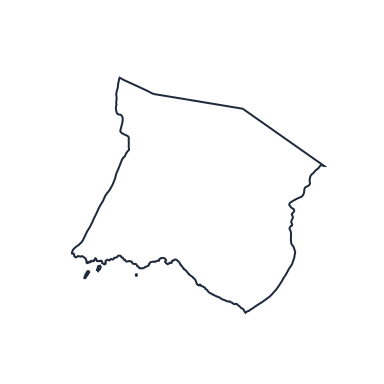 the district of Maekel Deb.Keih Bahri, Debubawi Keyih Bahri, Eritrea, rotated 161°
{"feature_id": "51966322B58552537539737", "entity_name": "Maekel Deb.Keih Bahri", "entity_type": "district", "adm_level": 2, "iso_a3": "ERI", "parent_name": "Eritrea", "parent_adm1": "Debubawi Keyih Bahri", "projection": "albers", "projection_center": [41.68, 13.747], "detail": "fine", "context": "isolated", "style": "outline", "palette": "slate", "viewbox_px": 384, "rotation_deg": 161, "n_neighbors": 0, "source": "geoboundaries", "source_scale": "gbopen_adm2", "svg_char_len": 6002}
<svg xmlns="http://www.w3.org/2000/svg" viewBox="0 0 384 384"><g transform="rotate(161 192 192)"><path d="M58.6,173.6L116.9,254.2L195.7,296.8L196.4,297.4L197.3,297.9L201.5,302.4L219.7,319.8L223.2,323.6L224.4,322.2L225.3,320.3L226.1,319.3L227.8,315.7L229.0,313.6L230.0,312.4L232.1,308.6L232.1,307.5L232.8,305.0L234.3,301.8L234.9,300.1L235.0,298.9L235.8,298.1L236.8,295.7L237.3,292.9L237.3,291.4L237.2,290.5L236.3,289.2L234.8,288.6L234.0,287.8L233.7,287.3L233.4,285.5L233.5,284.2L235.0,280.6L239.6,273.7L240.0,272.7L239.8,271.7L239.1,270.4L237.8,268.9L235.9,267.2L234.4,265.5L234.1,264.8L234.2,263.6L234.9,261.8L236.2,257.7L237.1,255.5L237.7,252.6L238.4,252.0L239.6,251.5L241.9,249.8L244.0,247.5L245.7,246.9L247.9,245.1L253.0,239.1L257.0,234.7L258.3,233.0L260.4,229.7L264.6,224.9L269.5,220.5L273.2,218.2L275.4,216.5L278.8,212.8L283.5,208.8L285.9,206.6L288.8,203.4L294.1,198.2L295.6,196.4L299.6,192.5L302.0,190.4L303.7,189.2L310.4,182.3L312.3,180.8L313.7,180.0L316.5,178.8L320.0,177.8L323.4,176.1L325.3,173.7L325.2,173.2L325.4,172.8L324.6,172.5L324.5,172.3L324.1,172.2L324.2,171.8L323.8,171.3L324.2,169.7L323.8,169.3L323.6,168.2L322.9,167.9L322.3,168.1L321.9,168.1L321.2,168.5L320.8,168.5L319.2,167.8L319.0,167.5L318.8,167.5L318.0,167.0L317.4,167.2L316.4,166.9L315.1,164.9L314.5,164.3L314.5,164.0L314.2,163.4L314.4,162.1L314.1,161.8L314.1,161.5L314.6,160.1L314.4,159.8L314.6,159.3L314.4,158.9L314.0,158.8L313.4,158.8L313.2,159.3L312.9,159.5L312.5,159.0L311.5,158.8L311.1,159.5L310.6,159.7L310.3,159.7L310.6,159.0L310.4,158.9L309.7,159.1L308.5,159.2L308.2,159.0L307.5,158.6L307.3,158.7L307.3,159.1L307.0,159.3L306.6,159.3L306.3,159.7L305.5,159.9L305.4,160.5L305.1,160.8L304.9,160.8L304.4,160.1L304.6,159.3L304.3,158.5L304.5,158.4L304.5,158.0L304.4,157.7L303.4,157.3L303.1,157.0L302.1,157.0L301.5,156.5L301.0,156.5L300.8,156.7L300.5,156.7L300.1,156.5L299.9,156.0L299.7,154.9L300.1,154.0L299.4,153.2L298.8,152.8L298.8,152.5L298.3,152.4L298.0,152.0L297.5,152.0L297.0,152.3L297.0,153.3L296.4,153.7L296.5,154.0L296.2,154.3L296.1,155.0L295.0,155.4L294.0,155.5L292.5,154.2L291.6,154.4L291.1,154.9L290.2,155.0L289.2,154.0L288.7,154.0L287.9,154.2L287.4,154.9L286.0,154.9L285.8,155.0L284.5,154.7L283.4,155.1L282.8,155.7L281.7,155.6L280.8,155.2L280.3,154.8L280.0,154.2L280.0,153.2L279.4,152.9L278.8,152.3L278.7,151.2L278.3,150.2L278.0,149.9L277.6,150.0L277.4,149.7L277.2,149.1L277.3,148.5L276.9,147.9L276.4,147.4L274.3,147.3L273.9,147.0L273.6,147.1L273.1,146.8L272.7,146.2L272.4,146.2L272.0,146.1L271.4,144.9L271.4,144.0L271.1,143.3L268.5,142.2L268.2,141.4L267.9,139.5L267.1,139.1L266.6,137.3L266.2,137.1L266.1,136.8L265.1,136.7L264.6,136.2L262.9,135.8L261.4,136.0L260.8,136.3L257.2,136.5L256.9,137.0L256.0,137.5L255.8,138.2L255.1,138.4L254.7,138.8L254.2,139.1L251.5,138.9L251.2,138.8L250.9,138.5L250.2,138.5L249.8,138.0L248.9,138.0L248.1,138.3L247.1,138.3L245.9,137.7L245.3,138.3L245.1,138.9L244.1,139.1L243.5,139.5L242.8,139.6L240.8,139.1L239.8,138.4L239.3,137.9L238.8,136.6L238.8,135.9L239.2,135.9L239.6,135.3L240.0,135.1L240.2,134.6L240.1,134.3L239.8,134.1L239.7,133.3L239.1,132.4L238.8,132.3L238.7,131.8L237.3,131.7L236.4,132.4L236.1,132.4L235.2,132.0L235.0,131.7L234.7,131.6L234.0,132.1L233.2,133.4L232.3,133.4L231.7,133.2L230.9,133.4L230.7,133.8L230.4,133.8L229.2,133.4L228.2,132.2L227.2,130.2L226.7,128.7L226.6,127.2L226.3,126.8L226.3,126.5L226.5,126.6L226.5,126.4L226.2,126.2L225.7,125.3L225.3,123.5L224.9,122.7L224.9,122.0L224.6,121.9L224.5,121.6L224.4,121.5L224.3,121.1L224.1,121.0L223.9,120.5L223.4,119.9L222.8,118.2L222.5,117.7L221.9,116.0L221.9,115.6L221.7,115.6L220.7,113.6L219.2,111.6L219.0,110.9L218.7,110.7L218.4,109.8L218.0,109.3L217.4,107.6L217.3,103.0L215.9,101.4L215.5,101.4L215.0,101.9L214.4,101.7L214.0,101.0L213.8,100.0L212.3,99.0L211.2,97.5L210.7,96.4L210.8,95.7L210.1,95.1L209.7,94.6L209.4,94.0L209.4,93.4L208.9,92.1L208.4,91.2L206.9,89.7L206.3,88.9L206.0,88.7L205.7,88.2L204.7,87.3L204.0,86.5L202.9,85.5L202.8,85.2L202.1,84.9L201.1,84.0L199.6,82.4L199.2,81.6L198.2,80.7L198.1,80.3L196.6,79.4L195.5,78.2L194.9,77.9L194.3,77.1L193.0,76.5L192.8,76.4L191.9,76.3L191.2,75.2L189.7,73.8L189.6,73.4L189.0,72.5L188.2,72.0L187.2,72.0L186.5,71.8L185.7,70.9L185.1,69.5L184.4,68.8L183.6,66.9L183.1,66.1L182.3,65.4L181.5,63.9L181.2,62.0L180.8,60.4L179.9,60.9L179.2,61.0L176.9,61.1L174.8,61.8L173.0,62.1L169.9,63.1L161.4,65.1L152.7,67.8L150.5,68.8L144.2,72.3L140.7,74.8L136.3,78.3L134.0,80.3L134.0,80.5L130.4,83.1L126.7,86.5L125.0,88.1L122.3,90.0L120.8,91.3L116.5,96.9L115.5,99.0L114.6,100.2L114.0,101.6L113.8,105.7L113.9,107.3L114.7,110.0L114.8,111.0L114.3,113.8L113.5,116.3L112.6,118.3L111.7,121.2L111.5,123.0L111.8,125.4L111.3,126.4L110.2,127.3L109.8,127.6L108.4,127.7L108.0,128.1L107.8,129.1L108.0,131.4L107.0,132.8L105.4,134.3L104.8,135.4L104.7,136.1L105.0,138.2L104.9,138.6L103.7,139.4L103.3,139.4L101.9,140.4L101.3,141.5L101.4,142.6L101.9,143.3L102.8,144.2L103.4,145.4L104.2,147.8L104.1,148.7L103.2,149.6L102.2,150.1L98.6,150.9L94.3,151.6L90.4,151.8L88.5,152.6L87.6,153.3L86.4,154.8L84.8,158.0L84.4,158.6L83.7,159.3L82.3,159.7L79.8,160.0L78.2,160.9L77.7,161.7L77.0,164.8L76.6,165.6L75.3,167.9L74.2,169.0L72.5,169.9L71.0,170.4L68.5,172.0L64.6,173.4L62.8,174.7L61.7,175.2L60.7,175.3L59.1,173.8L58.6,173.6ZM321.4,146.0L321.8,145.8L321.8,145.5L321.5,145.4L320.7,145.5L320.3,145.7L320.1,146.2L319.5,146.3L319.2,146.7L317.9,147.4L317.6,147.8L316.8,148.3L315.2,149.8L315.4,150.6L316.0,151.1L316.6,151.0L316.7,150.8L317.2,150.7L317.4,150.4L317.8,150.3L318.6,149.1L319.1,148.8L319.6,148.8L320.2,147.5L321.1,146.8L321.1,146.3L321.4,146.0ZM307.3,149.2L306.8,148.9L306.8,148.1L306.6,147.7L305.6,148.5L304.2,148.9L304.1,149.3L303.0,150.3L303.1,150.7L302.7,151.2L302.9,151.4L302.9,152.2L303.8,152.2L304.1,152.5L304.6,152.5L304.9,152.1L305.0,151.6L305.6,151.4L305.7,151.0L306.1,150.7L305.9,150.2L306.2,149.5L306.5,149.3L307.2,149.4L307.3,149.2ZM271.9,132.3L272.1,132.0L272.2,131.1L272.0,130.9L271.6,130.8L271.3,131.0L271.0,132.1L271.2,132.3L271.9,132.3Z" fill="none" stroke="#1e293b" stroke-width="2"/></g></svg>